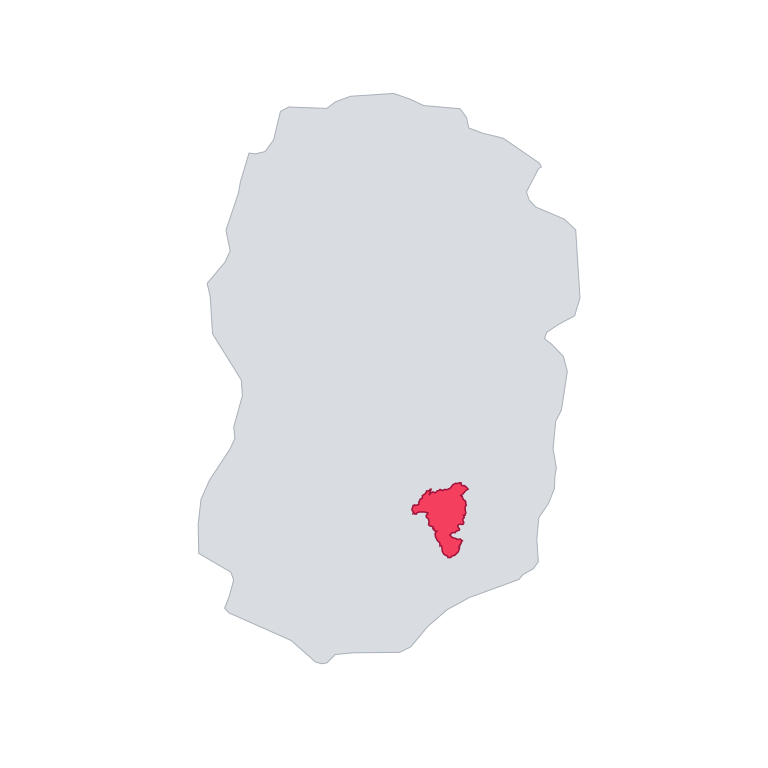 Probishtip, Probištip, North Macedonia shown in context, rotated 110°
{"feature_id": "65306769B77105819408507", "entity_name": "Probishtip", "entity_type": "district", "adm_level": 2, "iso_a3": "MKD", "parent_name": "North Macedonia", "parent_adm1": "Probištip", "projection": "robinson", "projection_center": [22.188, 41.964], "detail": "fine", "context": "in_parent", "style": "filled", "palette": "rose", "viewbox_px": 768, "rotation_deg": 110, "n_neighbors": 0, "source": "geoboundaries", "source_scale": "gbopen_adm2", "svg_char_len": 2632}
<svg xmlns="http://www.w3.org/2000/svg" viewBox="0 0 768 768"><g transform="rotate(110 384 384)"><path d="M348.0,208.4L360.4,209.9L387.2,202.9L404.0,193.3L412.5,191.8L423.8,188.1L440.1,188.6L456.6,192.8L477.6,187.3L498.2,178.2L506.5,180.5L515.5,188.2L521.4,190.3L555.6,230.9L574.4,247.4L596.6,259.8L621.9,269.0L630.9,277.7L647.1,320.9L654.9,337.3L665.6,342.2L668.2,346.9L668.7,353.2L656.8,383.6L652.1,451.6L649.1,457.1L636.5,456.8L619.7,458.2L613.2,463.5L606.6,500.1L579.5,510.6L555.0,516.5L534.3,515.1L497.9,506.5L486.0,505.5L475.8,510.5L443.3,513.1L429.0,519.5L395.5,562.3L361.5,577.1L349.9,584.6L324.0,575.1L311.5,574.1L293.5,585.1L254.1,586.1L243.5,588.0L213.1,589.8L211.9,583.9L206.3,575.2L192.2,571.2L163.3,574.6L156.3,568.3L144.6,532.0L135.4,526.1L125.1,513.9L107.7,474.4L107.4,457.1L108.8,442.0L99.3,406.6L105.4,397.6L114.4,392.0L114.6,377.7L112.3,356.0L123.3,313.5L126.2,310.4L128.9,312.5L154.8,315.8L161.5,310.5L165.8,302.1L167.4,271.0L173.6,256.6L236.3,229.2L254.7,228.2L268.8,240.8L279.9,248.8L286.6,248.6L289.1,240.5L296.7,224.9L309.6,216.0L347.6,208.4L348.0,208.4Z" fill="#d9dde1" stroke="#a8b0b8" stroke-width="1"/><path d="M469.7,307.2L473.2,307.8L475.7,309.8L478.3,308.9L479.8,310.6L483.4,310.9L485.1,310.0L487.0,312.2L487.2,314.0L488.1,314.2L488.1,315.0L492.2,314.9L493.2,314.3L494.2,312.6L495.8,312.4L494.8,311.6L495.7,310.9L495.3,309.2L494.0,309.1L492.3,307.3L490.4,302.1L490.2,298.6L490.8,298.4L493.0,299.4L494.5,298.8L495.8,295.9L498.4,294.4L500.9,294.1L501.7,292.5L501.4,289.1L503.3,288.6L502.9,287.7L504.3,287.0L504.7,285.9L504.2,284.0L507.0,284.9L510.1,283.3L513.0,280.1L514.2,277.3L517.1,275.9L516.5,275.5L516.8,274.2L521.3,272.0L523.6,269.4L524.0,265.6L525.2,264.5L524.2,262.0L522.1,261.0L520.8,258.9L516.3,256.8L512.2,256.9L511.9,257.8L510.9,258.0L509.9,257.2L509.1,257.8L507.8,257.1L505.3,257.3L504.6,256.7L503.6,259.2L505.1,262.3L504.6,263.3L504.9,267.2L503.3,270.5L500.2,268.8L499.3,266.2L497.6,265.8L495.6,263.2L494.1,263.6L493.4,265.3L491.5,266.3L489.8,264.9L489.2,262.3L488.5,261.6L487.0,261.5L484.6,263.8L482.0,262.9L480.1,264.4L479.7,263.0L479.0,263.4L477.5,262.9L473.2,265.3L471.1,265.7L469.7,265.2L467.7,266.8L466.9,266.7L465.8,267.9L465.8,269.2L463.6,271.8L462.9,271.9L462.6,273.7L460.8,272.4L456.2,270.7L454.0,269.0L452.6,271.6L452.0,274.1L452.8,275.6L452.4,276.8L450.5,277.8L450.8,279.0L452.2,280.6L452.9,282.9L455.2,284.9L459.0,286.0L462.0,288.9L462.1,290.8L464.1,292.3L463.8,293.5L464.4,294.3L463.9,295.3L465.1,295.8L466.3,297.5L468.7,298.4L468.6,301.1L470.5,302.8L473.0,303.6L466.8,303.7L467.2,304.7L469.0,305.0L469.7,307.2Z" fill="#f43f5e" stroke="#9f1239" stroke-width="1.5"/></g></svg>